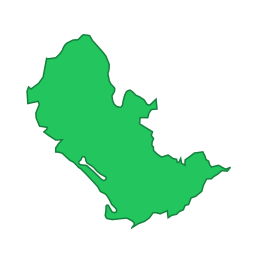 Pap, Namangan, Uzbekistan (Albers equal-area conic projection), rotated 351°
{"feature_id": "79887680B13435458352129", "entity_name": "Pap", "entity_type": "district", "adm_level": 2, "iso_a3": "UZB", "parent_name": "Uzbekistan", "parent_adm1": "Namangan", "projection": "albers", "projection_center": [70.772, 41.09], "detail": "fine", "context": "isolated", "style": "filled", "palette": "green", "viewbox_px": 256, "rotation_deg": 351, "n_neighbors": 0, "source": "geoboundaries", "source_scale": "gbopen_adm2", "svg_char_len": 2475}
<svg xmlns="http://www.w3.org/2000/svg" viewBox="0 0 256 256"><g transform="rotate(351 128 128)"><path d="M160.2,103.9L153.1,108.8L150.7,108.0L148.3,102.7L144.4,99.1L140.8,96.8L138.3,93.2L136.1,91.0L134.9,90.9L133.3,91.3L131.9,92.2L129.9,95.1L127.7,99.9L126.4,103.9L125.1,105.8L123.7,106.4L120.1,104.9L118.0,102.3L117.1,98.5L117.2,93.8L120.3,89.8L121.1,87.2L120.6,85.8L118.0,81.9L116.9,78.7L116.6,71.1L116.8,70.8L118.4,67.2L119.4,62.2L117.4,53.5L115.1,49.3L109.7,40.9L106.6,36.1L104.8,31.2L104.0,30.5L98.9,29.0L97.6,29.2L92.8,32.8L90.8,33.0L89.8,32.6L89.3,32.8L87.6,32.5L81.1,34.5L79.0,35.9L77.0,38.1L75.2,41.2L71.9,44.4L68.1,47.1L66.3,47.4L59.3,47.1L58.5,46.5L52.1,64.5L46.6,70.0L38.3,74.3L36.2,71.9L34.0,76.0L32.9,88.2L43.4,87.6L44.1,90.8L39.3,98.9L38.9,104.0L41.0,112.4L48.2,114.7L47.8,116.5L44.3,118.7L48.9,123.4L54.8,128.6L61.2,129.3L57.2,132.4L53.6,136.2L52.8,140.4L55.2,140.9L57.8,141.9L59.1,142.7L65.5,150.8L69.0,153.4L72.4,158.0L72.6,158.7L75.3,161.3L80.2,168.1L88.7,180.8L90.8,186.4L94.8,189.2L96.4,191.0L98.5,196.0L99.9,200.8L103.5,205.7L104.0,207.8L103.2,209.1L101.6,209.5L99.2,208.5L96.4,201.2L94.8,200.9L94.1,201.8L93.3,206.2L91.9,210.5L91.9,211.6L92.6,213.6L93.5,214.3L98.2,216.0L112.2,216.7L114.0,217.6L114.1,217.8L117.2,220.1L118.3,221.3L119.3,223.2L119.0,224.5L116.5,226.8L116.4,227.0L117.0,226.7L123.0,224.2L130.0,222.7L135.1,220.1L139.4,215.7L142.0,215.9L146.4,217.8L153.8,215.9L153.6,222.9L157.5,221.1L162.4,220.8L165.5,218.6L169.8,217.5L172.3,213.4L175.9,213.0L179.4,206.9L184.1,206.1L190.9,202.1L193.5,196.4L197.7,190.6L202.5,191.2L204.6,189.6L209.2,187.7L214.1,184.8L219.3,186.1L223.1,182.8L218.4,184.0L216.4,182.8L211.6,179.0L204.4,179.6L203.0,177.5L202.4,173.3L200.1,171.4L199.7,168.2L198.2,163.3L189.6,163.1L184.2,166.1L179.4,168.5L178.4,173.6L175.4,171.3L175.3,166.3L172.8,170.0L171.1,169.4L171.1,166.5L167.6,165.1L163.4,160.9L156.7,162.0L152.7,158.3L149.7,154.2L150.1,150.6L148.9,149.0L149.6,145.6L151.6,142.4L149.8,139.1L151.6,135.6L140.1,125.7L141.6,119.7L149.1,120.9L151.2,116.3L154.1,113.4L159.6,113.8L160.2,103.9ZM95.4,175.9L93.8,174.6L91.0,170.9L86.8,165.3L81.4,158.8L80.3,158.2L77.6,157.5L75.3,156.9L74.3,155.9L73.8,154.9L74.1,153.9L74.8,153.1L76.0,152.5L76.8,151.6L77.5,150.4L78.3,149.4L79.1,149.3L80.3,149.6L81.1,150.3L81.2,152.3L81.4,154.3L81.9,155.8L82.8,156.9L86.1,159.7L87.9,161.5L90.8,166.0L93.6,169.1L98.2,172.7L98.6,173.7L98.5,174.9L97.4,175.8L96.4,176.0L95.4,175.9Z" fill="#22c55e" stroke="#15803d" stroke-width="1.5"/></g></svg>